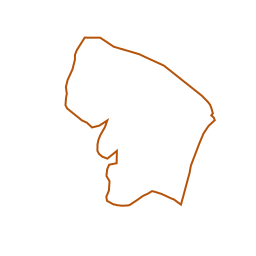 Iyebukel, Koror, Palau (Mercator projection), rotated 305°
{"feature_id": "81905179B49247527018285", "entity_name": "Iyebukel", "entity_type": "district", "adm_level": 2, "iso_a3": "PLW", "parent_name": "Palau", "parent_adm1": "Koror", "projection": "mercator", "projection_center": [134.485, 7.349], "detail": "fine", "context": "isolated", "style": "outline", "palette": "amber", "viewbox_px": 256, "rotation_deg": 305, "n_neighbors": 0, "source": "geoboundaries", "source_scale": "gbopen_adm2", "svg_char_len": 936}
<svg xmlns="http://www.w3.org/2000/svg" viewBox="0 0 256 256"><g transform="rotate(305 128 128)"><path d="M95.6,215.3L102.4,212.9L127.0,204.0L133.2,201.1L156.2,195.3L166.8,193.0L175.8,192.8L184.2,194.6L185.8,192.1L186.1,189.0L188.7,189.1L192.2,184.8L194.1,181.9L195.2,178.4L196.8,169.9L199.7,121.6L196.1,102.0L194.9,94.9L186.4,69.7L186.0,53.4L177.2,40.7L162.5,41.4L157.5,42.6L153.4,45.4L144.1,48.9L132.7,51.0L126.0,53.6L121.0,58.2L116.9,60.1L110.8,63.7L109.1,66.9L107.8,86.0L108.8,91.3L107.8,98.2L113.4,103.1L122.3,106.7L115.6,108.6L106.4,109.4L101.6,110.5L97.1,112.4L91.7,116.1L90.1,119.3L89.8,123.5L91.1,128.7L102.9,132.0L92.6,138.9L87.1,133.6L82.3,134.6L76.4,137.8L73.8,143.4L65.9,148.2L59.2,149.7L56.3,152.6L57.1,160.1L57.8,161.1L58.3,162.9L60.9,167.7L64.7,172.6L66.1,173.6L73.9,176.7L80.9,179.2L85.7,182.0L90.1,183.9L90.9,185.9L93.2,193.2L95.2,204.3L95.8,206.3L95.6,215.3Z" fill="none" stroke="#b45309" stroke-width="2"/></g></svg>